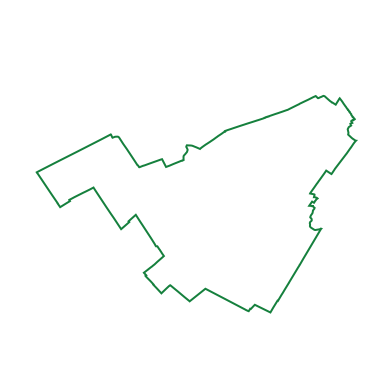 the district of Afumati, Ilfov, Romania, rotated 187°
{"feature_id": "2599482B16027234995116", "entity_name": "Afumati", "entity_type": "district", "adm_level": 2, "iso_a3": "ROU", "parent_name": "Romania", "parent_adm1": "Ilfov", "projection": "robinson", "projection_center": [26.254, 44.537], "detail": "fine", "context": "isolated", "style": "outline", "palette": "green", "viewbox_px": 384, "rotation_deg": 187, "n_neighbors": 0, "source": "geoboundaries", "source_scale": "gbopen_adm2", "svg_char_len": 5328}
<svg xmlns="http://www.w3.org/2000/svg" viewBox="0 0 384 384"><g transform="rotate(187 192 192)"><path d="M210.0,87.7L209.3,88.6L205.8,92.9L203.2,96.0L202.8,96.2L202.3,96.8L202.0,96.7L196.7,93.3L194.0,91.6L186.5,86.7L181.4,83.5L181.0,83.2L166.9,97.6L154.6,93.0L146.6,90.0L125.1,81.9L123.9,81.4L121.4,80.6L121.2,80.6L120.0,83.2L119.4,83.0L117.2,86.0L115.9,87.7L99.5,82.0L99.1,82.9L97.3,87.1L93.9,94.5L93.6,94.4L93.4,94.8L93.3,94.7L90.7,100.6L89.5,103.1L88.1,106.3L85.0,113.1L84.9,113.2L84.9,113.4L83.7,116.1L82.0,119.9L79.4,125.7L77.8,129.3L77.4,130.2L77.1,130.8L76.9,131.2L76.5,132.1L76.4,132.3L76.3,132.7L76.2,132.7L73.4,139.3L70.1,146.8L60.5,168.7L59.4,171.2L59.3,171.3L59.6,171.4L60.6,170.6L64.9,169.3L65.4,169.3L66.0,169.4L69.3,171.0L70.3,171.7L70.8,172.5L70.8,173.4L70.8,173.7L70.9,174.3L71.3,175.5L71.1,176.5L69.8,178.1L69.7,178.7L70.1,180.0L71.4,181.1L71.6,181.4L71.2,183.0L71.1,183.3L69.9,185.5L69.7,186.9L69.7,187.7L69.7,188.3L69.5,188.7L68.5,190.4L68.5,190.9L68.4,191.2L70.3,192.5L70.3,192.8L70.8,192.7L70.8,192.8L74.0,192.6L73.7,193.2L71.6,197.1L69.6,196.2L69.3,196.8L69.0,197.3L68.9,197.6L68.9,197.9L68.3,198.6L67.7,199.8L66.6,200.9L67.2,201.3L67.6,201.5L69.0,201.7L69.9,201.9L70.3,201.8L70.0,204.2L70.2,204.5L72.1,204.7L74.6,204.9L74.4,205.5L71.1,211.6L69.0,215.6L68.6,216.2L67.3,218.7L67.2,218.8L64.9,223.0L63.2,226.1L62.1,228.2L61.4,229.6L55.8,226.8L55.5,227.2L53.1,232.0L53.0,232.3L43.4,248.7L43.3,248.8L39.8,255.4L39.7,255.4L37.6,259.6L36.9,260.8L36.1,262.1L35.5,262.9L35.9,262.9L39.4,264.7L40.3,265.3L44.0,268.0L43.9,269.8L45.1,273.3L44.3,275.5L42.2,277.3L42.5,277.6L43.1,279.1L41.3,280.1L42.3,281.3L42.6,281.7L41.8,282.6L41.2,283.1L40.8,282.8L40.1,283.4L39.6,283.8L39.4,284.0L39.6,284.2L39.5,284.3L39.8,284.6L40.2,284.8L40.9,285.7L41.6,285.9L41.6,286.1L41.7,286.4L41.9,286.5L42.1,286.6L42.3,286.9L42.8,287.4L43.0,287.6L43.1,287.8L43.4,288.1L43.4,288.3L43.4,288.6L43.7,288.9L44.0,289.2L45.0,290.1L45.2,290.3L45.5,290.6L45.8,291.0L45.7,291.1L45.9,291.2L46.0,291.4L46.2,291.6L46.3,291.8L46.5,292.0L47.1,292.7L47.3,292.6L47.4,292.8L47.5,292.9L47.6,293.0L47.8,293.2L47.8,293.3L48.0,293.5L48.4,293.8L48.5,294.0L48.8,294.3L49.0,294.5L49.7,295.4L49.8,295.5L50.0,295.6L50.8,296.5L51.9,297.7L52.1,297.9L52.7,298.6L53.1,299.1L53.5,299.6L54.0,300.1L54.2,300.3L54.3,300.5L55.0,301.2L55.3,301.5L55.7,301.9L56.3,302.5L56.8,303.0L57.3,302.2L57.6,301.4L59.1,298.2L59.7,296.8L60.0,296.2L63.6,297.9L64.2,298.2L64.2,298.3L64.3,298.1L64.9,298.5L65.9,299.0L68.7,300.9L70.7,302.3L71.8,303.1L72.4,303.3L73.0,303.4L73.3,303.4L73.5,303.3L75.2,302.2L75.6,302.0L76.5,301.5L77.9,300.6L78.2,300.6L78.4,300.5L78.5,300.5L78.8,300.8L79.3,301.1L79.5,301.3L80.0,301.6L80.2,301.8L80.3,301.9L80.6,302.1L80.9,302.3L81.6,301.9L83.4,300.8L88.0,297.7L91.2,295.7L96.2,292.5L96.3,292.3L96.4,292.2L96.8,291.9L97.4,291.6L101.5,288.9L105.3,286.4L107.2,285.1L107.8,284.9L109.8,283.9L112.0,282.8L114.1,281.8L115.9,280.9L118.5,279.7L122.2,277.9L125.3,276.4L126.4,275.9L126.2,275.8L128.9,274.6L128.8,274.4L129.2,274.2L130.4,273.6L135.5,271.2L135.9,271.1L136.0,271.0L140.1,269.1L142.5,268.0L146.0,266.4L147.9,265.5L152.2,263.5L156.4,261.5L158.1,260.7L161.2,259.2L164.0,257.9L166.0,256.9L166.6,256.6L166.3,256.1L166.5,255.9L166.7,256.1L167.1,255.8L167.7,255.3L169.5,253.6L173.0,250.6L173.8,249.8L174.6,249.1L176.5,247.3L176.9,246.9L177.7,246.2L178.0,246.0L178.4,245.6L179.8,244.4L180.2,244.0L180.6,243.7L183.2,241.5L183.5,241.3L184.4,240.5L185.2,239.8L186.7,238.4L187.9,237.3L188.1,237.0L188.9,236.3L189.1,236.0L189.3,235.7L193.3,236.9L194.5,237.2L196.7,237.8L197.7,238.0L199.0,238.0L202.8,237.7L203.1,236.8L203.2,236.1L202.6,235.3L202.2,234.6L201.9,234.2L201.5,233.4L201.5,233.0L201.6,232.4L201.9,231.1L202.0,230.8L202.3,230.4L202.7,229.8L202.9,229.5L203.0,229.3L203.3,228.8L204.0,227.9L204.3,227.4L204.6,226.9L204.7,226.5L204.7,225.9L204.4,223.5L204.2,222.8L206.1,221.8L206.0,221.7L206.9,221.4L207.9,220.8L212.1,218.5L213.9,217.5L217.5,215.4L220.8,213.7L221.9,215.3L225.7,220.9L226.5,220.6L227.1,220.3L231.1,218.3L237.9,214.9L242.0,212.8L243.3,212.2L243.5,212.2L247.1,210.2L247.3,210.2L247.5,210.2L248.6,211.6L248.8,211.8L249.0,211.8L249.3,211.9L249.5,212.1L253.8,217.2L253.9,217.3L259.1,223.4L261.1,225.7L261.3,226.0L266.1,231.3L271.1,237.3L272.3,237.9L275.0,237.5L277.5,236.2L277.8,236.5L279.2,238.8L279.4,238.8L279.7,239.2L288.7,233.0L310.6,218.2L320.0,211.9L329.4,205.6L333.7,202.7L342.1,197.0L347.1,193.6L348.5,192.6L348.2,192.2L347.2,191.2L333.8,175.7L330.5,171.9L323.9,164.4L324.0,164.3L321.0,160.9L315.3,165.5L312.5,167.7L312.2,167.9L312.0,168.1L312.8,168.9L312.9,169.2L311.1,170.4L308.0,172.6L299.6,178.2L297.7,179.4L293.6,182.1L291.6,183.5L290.3,184.4L290.0,184.0L287.8,181.4L280.3,172.6L275.1,166.5L269.8,160.4L266.5,156.7L257.8,146.5L255.8,148.7L250.6,154.5L251.4,155.2L245.0,162.5L239.6,156.0L237.7,153.8L231.8,146.8L226.4,140.4L222.9,136.1L222.1,135.0L221.4,134.0L221.2,133.9L221.0,133.7L220.6,133.8L220.1,133.9L219.8,133.9L219.0,133.0L218.1,131.9L217.6,131.3L217.0,130.8L216.5,130.1L215.6,129.1L214.5,127.7L212.1,125.0L213.4,123.5L217.8,118.6L220.4,115.5L221.6,114.3L222.0,113.9L222.3,113.5L223.8,112.1L229.9,106.0L229.6,105.7L228.6,104.9L227.2,103.7L227.9,103.0L226.8,102.0L223.0,99.0L222.0,98.2L219.2,95.8L219.0,95.6L218.8,95.4L219.0,95.2L215.8,92.6L213.9,91.0L211.9,89.3L210.0,87.7Z" fill="none" stroke="#15803d" stroke-width="2"/></g></svg>